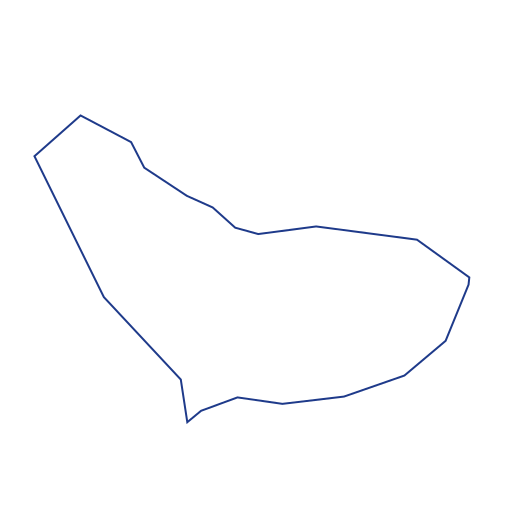 map outline of Kungota (Equal Earth projection), rotated 174°
{"feature_id": "SVN-959", "entity_name": "Kungota", "entity_type": "Municipality", "adm_level": 1, "iso_a3": "SVN", "parent_name": "Slovenia", "parent_adm1": "", "projection": "equal_earth", "projection_center": [15.594, 46.636], "detail": "fine", "context": "isolated", "style": "outline", "palette": "blue", "viewbox_px": 512, "rotation_deg": 174, "n_neighbors": 0, "source": "natural_earth", "source_scale": "10m", "svg_char_len": 425}
<svg xmlns="http://www.w3.org/2000/svg" viewBox="0 0 512 512"><g transform="rotate(174 256 256)"><path d="M289.2,117.3L326.8,107.8L341.7,97.9L343.7,141.0L411.6,231.0L465.9,378.4L415.8,414.1L368.3,382.3L357.9,355.5L318.4,323.0L294.0,308.8L273.7,286.3L251.5,277.6L193.1,279.1L94.2,255.4L46.1,212.4L47.6,205.3L76.3,151.8L120.9,121.6L183.2,107.0L245.2,106.2L289.2,117.3Z" fill="none" stroke="#1e3a8a" stroke-width="2"/></g></svg>